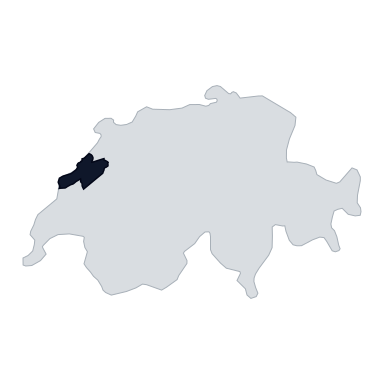 where Neuchâtel sits in Switzerland
{"feature_id": "CHE-161", "entity_name": "Neuchâtel", "entity_type": "Canton", "adm_level": 1, "iso_a3": "CHE", "parent_name": "Switzerland", "parent_adm1": "", "projection": "albers", "projection_center": [6.837, 47.007], "detail": "fine", "context": "in_parent", "style": "filled", "palette": "ink", "viewbox_px": 384, "rotation_deg": 0, "n_neighbors": 0, "source": "natural_earth", "source_scale": "10m", "svg_char_len": 3405}
<svg xmlns="http://www.w3.org/2000/svg" viewBox="0 0 384 384"><path d="M288.1,111.2L290.4,112.5L295.9,117.2L295.0,125.5L289.4,139.0L286.5,149.9L286.4,158.1L287.2,162.0L288.3,161.9L294.1,162.3L297.1,162.1L306.5,164.0L314.1,167.0L315.7,170.4L316.9,174.6L326.0,180.0L336.4,183.3L339.8,181.9L352.0,167.9L357.0,169.9L360.3,176.9L360.3,180.7L357.5,195.2L357.2,202.8L360.5,207.8L361.0,211.7L360.2,215.3L355.2,215.9L348.2,214.3L342.2,208.3L337.8,209.3L334.1,211.0L332.4,216.9L330.9,224.0L331.6,227.8L334.5,230.7L336.9,236.9L338.7,245.1L340.1,248.8L338.9,250.6L335.3,251.8L332.2,250.8L326.6,241.2L324.0,237.6L319.8,237.1L312.6,239.8L301.5,245.7L297.0,245.8L293.1,244.8L289.3,240.3L286.0,231.4L284.8,225.8L282.7,226.0L275.4,224.6L272.2,227.0L272.4,236.2L272.1,247.7L268.7,255.2L259.0,268.3L255.5,274.0L254.1,278.0L253.9,281.5L255.6,287.5L257.9,293.2L256.2,296.6L250.9,298.4L247.0,295.0L245.4,288.8L237.0,280.5L240.5,273.3L239.9,271.6L226.3,268.2L220.4,263.0L212.1,253.7L210.5,249.7L210.5,236.5L210.0,233.3L208.9,231.8L205.0,232.0L199.6,236.6L194.7,243.6L184.5,251.4L183.4,253.1L187.0,260.6L186.9,263.5L178.7,275.6L177.1,279.6L166.5,287.2L161.6,290.1L146.6,284.7L142.5,284.1L135.9,287.9L126.4,291.5L111.3,295.1L105.6,292.5L103.0,290.1L101.7,286.5L97.8,280.1L93.5,276.3L90.5,272.1L86.5,267.6L84.0,263.8L87.4,251.7L84.9,247.5L83.6,241.4L84.3,237.3L83.0,236.3L69.3,233.9L58.0,234.6L49.9,238.6L43.3,245.3L42.4,246.7L42.8,247.9L46.1,254.1L40.5,260.6L31.8,265.5L25.7,266.0L23.1,265.0L23.0,258.0L28.1,255.5L32.7,251.0L34.3,244.6L34.8,240.1L30.1,234.7L30.7,231.3L33.8,225.0L35.5,219.5L37.9,214.6L47.3,206.8L56.8,198.9L58.3,190.5L59.0,180.2L60.4,177.8L73.0,171.7L76.2,169.2L77.8,165.7L87.7,154.2L97.5,142.8L99.5,139.0L101.1,136.7L101.1,134.9L99.9,133.4L95.2,132.5L93.6,128.9L98.7,122.4L105.0,118.4L111.1,118.3L113.6,120.1L113.5,122.3L116.1,124.6L120.8,125.3L126.5,124.5L132.2,122.0L135.7,116.2L137.7,111.8L146.6,106.8L152.7,109.2L169.7,109.7L182.0,108.1L189.7,104.6L199.3,104.5L205.8,106.2L206.9,105.9L208.7,105.5L210.4,103.6L216.4,102.2L217.2,100.7L216.9,99.2L215.8,98.4L208.4,99.3L205.5,98.2L204.7,95.5L207.0,90.6L212.4,86.6L217.0,85.6L220.4,86.5L228.7,93.6L230.7,93.8L231.8,92.4L233.4,91.7L236.3,93.0L239.6,97.4L240.1,98.1L258.3,96.0L262.4,95.9L275.0,103.4L288.1,111.2Z" fill="#d9dde1" stroke="#a8b0b8" stroke-width="1"/><path d="M59.3,188.4L59.6,187.7L59.8,186.2L59.5,185.0L58.5,183.1L58.2,182.1L59.4,178.2L63.0,176.1L71.1,173.6L76.1,169.8L77.8,167.3L76.9,165.3L77.9,163.5L78.6,162.9L80.5,162.2L80.8,161.5L81.0,161.3L82.1,160.7L82.0,158.9L84.3,158.1L89.0,153.7L89.9,154.0L91.4,154.9L92.3,156.0L92.7,157.0L92.9,157.5L93.0,158.0L92.9,158.7L92.6,160.1L92.5,160.3L92.4,160.4L92.2,160.7L92.1,160.8L91.9,161.6L91.9,162.3L92.1,162.3L103.5,158.7L104.0,158.6L104.1,160.1L105.1,160.4L107.3,161.6L107.9,162.1L108.2,162.6L108.1,162.8L107.9,163.0L107.7,163.1L107.7,163.4L107.7,163.6L107.8,163.7L107.9,164.0L108.0,164.9L108.0,165.2L108.0,165.5L107.9,165.9L107.8,166.1L107.6,166.3L107.3,166.4L107.1,166.5L106.6,166.9L106.3,167.1L104.7,167.8L104.4,168.2L104.2,168.7L103.8,170.5L103.4,171.3L102.7,173.3L97.1,177.9L94.2,180.3L91.8,182.3L83.6,189.1L82.3,186.4L82.2,185.9L82.1,185.2L82.1,184.2L82.1,183.6L81.8,183.0L81.2,182.5L80.8,181.9L80.6,181.3L80.8,180.2L80.6,178.9L76.1,181.5L74.1,183.2L73.0,184.0L70.7,184.7L67.1,186.7L66.0,187.5L65.3,187.9L64.6,188.0L60.7,188.2L59.3,188.4Z" fill="#0f172a" stroke="#020617" stroke-width="1.5"/></svg>